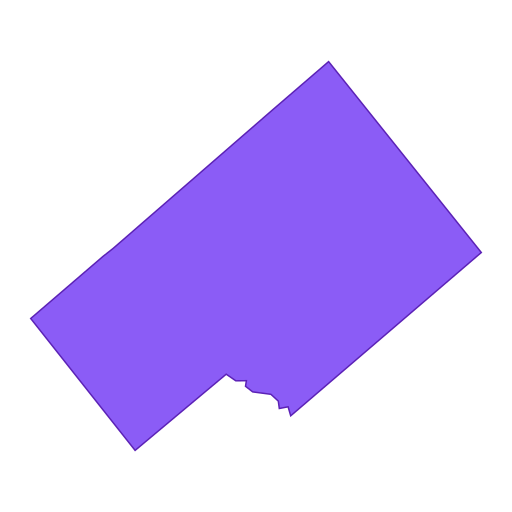 DeWitt, Texas, United States of America (Robinson projection)
{"feature_id": "52423323B62485565379891", "entity_name": "DeWitt", "entity_type": "district", "adm_level": 2, "iso_a3": "USA", "parent_name": "United States of America", "parent_adm1": "Texas", "projection": "robinson", "projection_center": [-97.385, 29.099], "detail": "fine", "context": "isolated", "style": "filled", "palette": "violet", "viewbox_px": 512, "rotation_deg": 0, "n_neighbors": 0, "source": "geoboundaries", "source_scale": "gbopen_adm2", "svg_char_len": 345}
<svg xmlns="http://www.w3.org/2000/svg" viewBox="0 0 512 512"><path d="M328.6,61.6L273.7,108.9L112.9,248.6L103.0,256.4L30.7,318.5L135.1,450.4L226.2,374.2L235.8,380.8L246.4,380.7L245.5,386.3L252.7,391.9L270.9,394.3L278.3,401.1L279.3,408.5L288.1,406.8L290.7,415.8L481.3,252.5L328.6,61.6Z" fill="#8b5cf6" stroke="#5b21b6" stroke-width="1.5"/></svg>